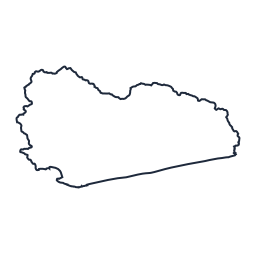 Thai Mueang, Phangnga, Thailand (Natural Earth projection), rotated 271°
{"feature_id": "78962969B58912985430788", "entity_name": "Thai Mueang", "entity_type": "district", "adm_level": 2, "iso_a3": "THA", "parent_name": "Thailand", "parent_adm1": "Phangnga", "projection": "natural_earth1", "projection_center": [98.313, 8.477], "detail": "fine", "context": "isolated", "style": "outline", "palette": "slate", "viewbox_px": 256, "rotation_deg": 271, "n_neighbors": 0, "source": "geoboundaries", "source_scale": "gbopen_adm2", "svg_char_len": 5754}
<svg xmlns="http://www.w3.org/2000/svg" viewBox="0 0 256 256"><g transform="rotate(271 128 128)"><path d="M134.3,16.5L131.8,17.0L131.8,17.7L130.6,20.0L130.1,20.5L128.9,21.3L128.4,21.4L126.4,21.0L123.0,21.5L122.6,21.8L122.2,22.8L121.7,23.5L120.9,24.1L120.6,24.9L120.4,25.6L120.0,25.9L119.3,27.1L118.6,27.3L115.8,27.7L113.7,29.1L113.2,29.3L111.2,29.1L110.4,29.2L109.2,30.2L108.4,31.8L108.0,32.1L107.6,32.1L107.1,31.9L106.7,31.1L106.5,29.8L106.2,29.3L105.4,28.6L105.3,28.1L105.5,27.6L105.3,25.5L105.4,24.8L105.3,24.4L104.7,23.6L104.8,21.6L104.5,21.2L103.8,20.8L102.8,20.6L102.2,20.7L102.0,20.9L101.9,22.0L100.8,24.9L100.0,25.5L99.5,27.5L99.3,28.0L98.5,28.1L97.0,27.7L96.5,27.9L95.6,28.5L94.5,29.7L94.6,30.8L94.3,31.3L93.4,31.8L92.7,31.9L92.0,32.6L90.8,33.3L90.5,34.2L90.7,35.1L90.4,35.5L90.1,35.7L89.3,36.1L88.6,36.2L88.2,36.4L86.5,36.3L85.5,36.6L84.6,37.2L84.4,37.5L84.3,38.0L84.5,39.5L85.4,39.6L85.7,40.9L85.7,43.6L85.5,45.1L85.2,46.3L85.4,46.8L86.0,47.1L86.2,47.6L86.5,49.9L86.3,50.1L87.4,50.1L87.6,50.3L87.8,50.9L87.7,52.0L86.9,56.2L85.7,58.9L83.9,60.8L82.5,61.6L77.7,63.2L76.0,60.0L76.2,59.8L76.2,59.4L76.0,58.1L75.7,57.9L74.6,57.7L73.8,58.4L72.9,59.7L72.3,61.2L72.0,64.1L71.5,64.8L70.9,66.4L70.9,67.0L70.4,67.5L70.5,68.0L70.5,68.3L70.2,68.5L70.3,68.8L69.8,69.2L68.9,71.6L68.9,72.2L68.6,73.0L68.7,73.9L68.6,74.0L68.4,74.8L68.5,75.3L68.2,76.4L68.0,76.7L67.8,79.0L68.0,79.2L67.7,79.6L67.8,80.1L68.0,80.4L68.1,80.9L68.3,81.2L68.5,82.2L68.9,82.5L68.6,82.6L68.6,83.0L69.1,84.1L69.3,85.5L69.9,87.1L69.8,87.3L70.1,87.5L69.9,87.7L70.0,88.3L70.3,88.2L70.6,88.4L70.6,88.7L70.9,88.9L71.4,90.8L75.7,108.9L77.6,118.6L78.7,127.1L81.6,138.6L82.6,143.4L83.0,146.3L83.4,150.5L83.6,151.8L84.4,155.0L87.6,165.9L89.2,172.0L93.0,188.9L96.3,205.6L97.4,210.1L99.1,218.4L99.6,222.3L100.4,226.8L100.5,228.9L101.2,230.7L102.5,235.3L102.7,235.5L103.1,235.5L103.6,236.3L103.9,236.1L104.5,235.4L104.6,234.9L104.7,235.0L104.7,235.5L104.9,235.7L105.0,235.5L104.9,235.2L105.2,234.8L105.4,235.2L106.4,234.7L106.9,234.7L107.6,234.5L107.8,234.8L108.5,235.0L109.2,234.8L109.5,235.1L110.0,235.1L110.6,234.7L110.9,234.8L111.1,234.9L111.1,234.6L111.4,234.4L111.5,234.6L111.6,235.3L112.2,235.8L112.1,236.1L112.3,236.6L112.4,238.0L112.7,238.2L113.2,239.0L113.7,239.1L114.8,239.2L115.1,238.7L115.3,238.6L115.7,238.9L116.3,238.8L116.8,239.3L119.9,239.6L120.6,239.3L121.6,238.1L122.1,237.7L123.2,237.8L124.1,238.3L126.0,237.1L126.7,236.4L126.8,235.7L126.5,234.4L127.1,233.6L128.1,233.1L128.7,232.6L129.5,232.2L130.7,232.1L131.1,231.5L131.7,231.2L132.4,230.3L133.0,229.8L134.1,229.2L135.0,229.1L136.3,228.0L137.6,227.4L139.0,227.1L140.5,226.0L140.8,226.1L141.8,227.0L143.0,227.6L143.8,227.3L145.5,227.2L146.7,226.6L147.6,225.7L147.8,223.5L148.7,222.6L148.9,221.9L148.5,220.5L148.4,219.9L149.1,218.6L149.2,218.1L148.4,217.1L147.7,215.9L148.5,214.9L149.2,214.4L150.4,214.9L151.7,215.2L152.9,215.0L153.7,214.7L154.1,214.3L154.7,213.6L154.9,213.1L155.2,209.8L156.8,206.8L157.1,205.7L157.8,204.9L158.0,204.5L158.0,201.1L156.4,199.1L156.4,197.8L156.7,197.5L158.1,197.3L159.0,196.9L160.5,194.6L160.9,193.8L160.9,192.6L161.5,191.6L162.0,189.7L162.5,188.3L163.1,187.7L162.9,185.9L163.1,185.7L163.8,185.4L164.1,184.7L164.0,183.2L164.2,181.8L164.1,180.6L163.6,180.1L161.9,179.4L161.7,178.8L161.8,178.1L162.1,177.4L162.4,177.0L164.2,176.3L165.1,175.5L165.2,175.2L165.2,174.2L166.1,172.6L167.9,172.2L168.7,171.3L169.8,170.5L170.2,169.8L171.1,167.6L171.4,166.4L171.5,164.7L172.1,163.3L172.0,162.9L171.5,162.1L171.5,161.0L172.2,159.1L172.4,157.4L172.7,156.8L173.3,156.4L173.4,156.0L173.6,153.8L173.4,152.3L172.6,151.8L171.0,150.4L171.4,149.6L171.6,148.0L171.7,145.9L171.5,144.7L172.2,143.6L172.4,143.0L172.6,141.4L173.0,140.2L172.2,139.5L172.2,138.7L171.5,137.8L171.1,136.3L169.8,134.8L169.6,133.0L169.3,131.9L167.9,129.8L167.5,130.0L167.2,130.1L166.6,130.0L165.5,129.6L163.2,129.5L161.5,129.1L160.7,128.6L159.5,126.8L158.1,125.5L157.5,124.7L157.0,123.2L157.1,121.6L156.8,120.0L157.8,118.5L158.6,117.9L158.7,115.4L158.8,114.9L159.5,113.5L160.0,112.9L160.4,112.0L161.3,111.3L161.4,109.9L162.3,108.6L162.1,107.3L162.1,102.1L162.2,101.6L162.6,101.0L162.7,100.1L163.2,99.7L164.2,99.5L164.6,99.1L165.3,97.9L167.3,96.8L167.7,95.2L168.3,94.5L168.6,93.8L169.1,94.0L170.1,93.7L170.8,93.1L171.3,92.9L171.6,92.4L171.5,91.9L171.8,91.3L171.6,89.5L171.9,88.6L172.3,88.1L174.2,87.5L174.8,86.9L175.1,85.8L174.9,84.7L175.5,83.8L175.8,82.1L176.2,81.7L177.6,81.4L178.0,81.1L178.1,80.5L177.8,79.4L177.8,79.0L178.8,77.5L179.5,76.7L180.2,76.3L180.8,75.7L182.7,74.8L183.0,73.4L183.2,73.0L184.9,70.9L186.9,69.4L186.7,67.8L185.9,66.4L185.8,65.9L186.0,65.7L186.6,65.3L186.9,64.9L187.4,64.7L188.1,64.2L188.3,63.8L188.3,63.2L188.0,62.5L186.8,60.9L185.8,59.9L184.1,57.5L182.7,55.9L181.9,55.8L181.7,55.7L181.0,53.9L181.2,52.8L181.1,51.5L181.8,50.8L182.0,50.1L181.8,49.0L181.7,46.8L181.8,46.2L182.5,45.7L182.2,44.5L182.2,43.9L182.8,42.7L183.1,42.4L184.0,42.2L184.3,42.0L184.6,41.3L184.7,40.8L184.5,40.0L183.2,38.3L182.8,37.5L182.8,36.4L183.1,35.4L183.0,34.8L182.2,33.9L181.1,33.7L180.8,33.5L180.5,32.8L180.4,31.8L178.6,31.3L177.4,30.4L176.1,29.8L175.1,29.9L173.0,30.7L172.2,30.6L171.1,29.6L170.5,28.5L169.7,28.1L169.3,27.2L168.7,26.5L168.4,25.7L167.4,25.1L167.2,24.7L166.9,23.9L166.4,23.6L165.6,24.0L164.6,24.1L163.9,24.6L162.2,24.4L161.2,24.4L159.5,24.9L157.9,25.0L157.1,25.3L155.8,26.8L154.4,28.0L153.6,28.5L153.0,29.5L153.1,30.4L152.8,31.0L152.0,31.4L150.6,31.5L150.2,31.2L149.5,29.5L147.8,27.2L147.8,26.9L148.1,26.3L148.2,25.9L147.9,24.0L146.9,23.2L146.5,23.2L145.8,23.6L144.8,23.4L144.4,23.8L143.6,25.1L143.2,25.4L142.9,25.5L142.4,25.5L141.2,24.4L140.6,23.3L139.5,23.1L139.7,21.7L139.3,20.7L139.5,19.9L139.3,19.2L138.0,18.1L137.3,17.9L136.6,16.9L136.1,16.5L135.5,16.4L134.3,16.5Z" fill="none" stroke="#1e293b" stroke-width="2"/></g></svg>